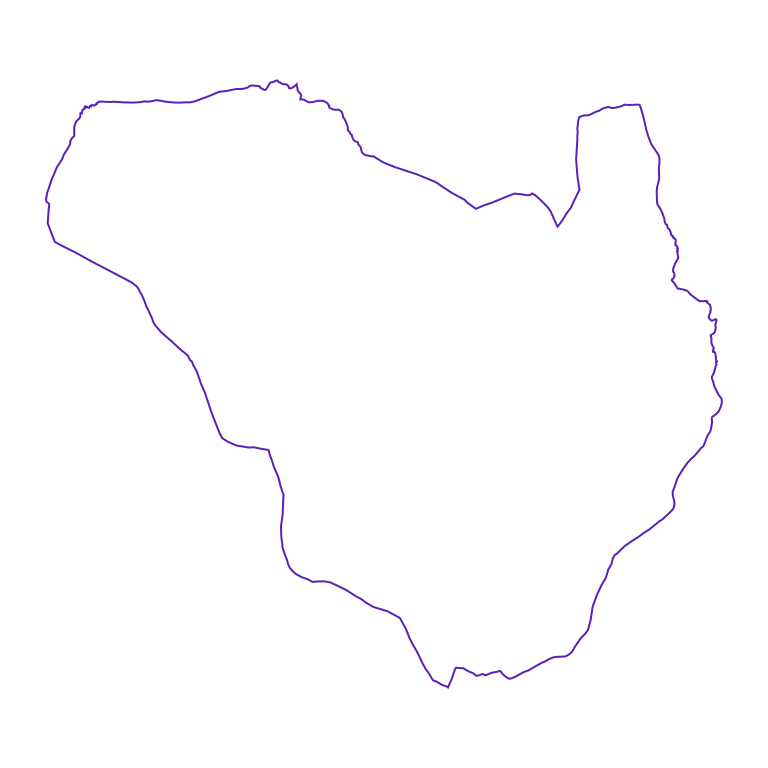 Hanang, Manyara, United Republic of Tanzania
{"feature_id": "72390352B73734578830609", "entity_name": "Hanang", "entity_type": "district", "adm_level": 2, "iso_a3": "TZA", "parent_name": "United Republic of Tanzania", "parent_adm1": "Manyara", "projection": "robinson", "projection_center": [35.319, -4.56], "detail": "fine", "context": "isolated", "style": "outline", "palette": "violet", "viewbox_px": 768, "rotation_deg": 0, "n_neighbors": 0, "source": "geoboundaries", "source_scale": "gbopen_adm2", "svg_char_len": 6011}
<svg xmlns="http://www.w3.org/2000/svg" viewBox="0 0 768 768"><path d="M523.3,672.3L528.8,670.2L541.1,663.1L545.3,661.3L548.9,659.2L552.4,657.7L555.1,657.0L565.6,656.4L569.0,654.5L572.0,651.8L575.2,646.3L579.9,639.4L582.8,636.0L584.8,634.3L587.8,630.2L587.8,630.6L590.6,620.2L592.7,606.5L594.6,601.2L597.4,593.8L601.4,585.3L605.8,577.8L608.3,569.5L611.5,564.0L612.7,558.7L614.8,554.9L616.3,554.2L624.6,546.1L632.3,540.8L638.1,537.1L643.7,533.0L649.1,529.6L653.1,526.5L654.0,525.4L655.1,524.8L659.5,521.2L662.5,519.3L668.7,513.6L672.6,509.7L673.6,508.0L674.2,506.2L674.4,502.9L674.2,500.8L672.8,495.5L672.7,491.5L674.1,488.3L677.0,479.6L678.4,476.5L683.4,468.5L687.6,462.6L691.7,458.3L694.3,456.2L700.7,448.4L703.3,446.3L705.2,441.9L707.3,436.1L710.4,431.2L711.4,426.7L712.1,421.9L711.7,418.1L712.3,416.8L716.6,413.7L718.7,411.4L720.7,406.9L721.9,402.6L721.6,398.7L718.5,394.7L714.4,386.6L713.0,381.3L711.9,378.4L711.8,377.1L714.0,372.6L715.4,367.2L716.5,364.3L716.0,362.2L717.0,361.3L715.9,359.7L715.9,357.4L715.4,353.9L714.4,351.8L713.7,352.1L713.0,351.8L713.0,350.6L713.8,348.1L711.5,343.6L711.4,338.0L710.8,336.4L710.8,335.3L711.7,334.5L714.4,332.9L715.4,329.8L715.7,327.7L715.6,326.4L715.3,325.2L716.4,320.7L716.4,319.6L715.9,319.2L715.2,319.3L712.3,320.7L711.6,320.7L709.0,318.3L708.7,317.3L708.9,316.1L710.5,311.9L710.2,311.2L710.7,310.4L710.8,308.7L710.4,306.2L709.9,304.8L707.0,302.4L707.3,301.3L705.9,300.9L703.0,301.2L699.3,301.1L690.7,294.7L687.4,290.9L683.2,289.5L677.5,288.4L675.0,284.1L671.8,280.4L672.0,279.3L673.3,278.6L674.4,276.5L674.5,274.3L673.0,271.0L673.3,268.3L675.1,263.5L678.3,257.9L677.1,251.4L677.3,251.3L677.2,251.1L677.7,251.1L677.6,250.4L677.9,248.7L677.2,248.3L677.7,247.1L676.7,246.3L676.4,245.2L675.4,244.9L675.4,242.9L675.8,240.4L675.4,239.1L674.5,238.8L673.9,237.6L673.0,237.4L673.0,236.3L672.6,235.9L671.7,235.6L671.0,234.3L670.9,233.2L669.8,230.0L667.9,228.0L667.5,227.1L666.9,224.7L665.6,223.9L664.5,220.8L664.4,218.8L662.0,212.3L660.6,209.4L657.5,204.4L657.0,201.7L656.7,192.0L657.1,187.3L658.7,180.9L659.2,178.2L658.8,168.2L659.5,162.6L659.4,158.3L658.6,155.1L655.3,150.0L653.2,147.1L650.9,143.3L648.3,136.5L646.4,130.1L643.3,116.4L640.3,106.5L639.5,104.9L638.5,104.6L629.2,105.0L624.8,104.7L619.8,106.7L614.2,107.9L611.5,108.0L608.3,106.9L602.8,108.5L599.2,110.7L595.3,112.0L592.5,113.5L588.8,115.2L583.2,115.6L579.2,117.2L578.2,120.8L577.4,128.5L577.4,130.7L577.8,131.5L577.3,136.5L577.3,140.1L576.1,159.4L577.6,177.8L579.5,189.8L574.0,200.9L570.9,207.7L566.6,213.3L562.2,220.6L557.6,226.6L557.0,225.8L550.7,211.5L547.8,207.3L541.2,200.6L535.2,195.2L532.4,193.6L531.8,193.5L530.6,194.9L527.8,195.3L520.7,194.2L514.5,193.6L511.4,194.7L491.6,202.8L484.5,205.1L475.9,208.8L467.8,203.0L464.4,199.6L457.6,196.1L451.2,192.5L440.3,185.3L436.9,182.8L434.1,181.4L417.0,174.4L395.1,167.2L385.7,163.4L382.1,161.7L373.3,156.2L371.2,156.4L365.2,155.0L363.3,153.9L361.9,152.1L360.5,146.9L358.4,144.5L357.9,142.3L356.8,141.7L355.1,141.3L354.0,140.4L353.0,139.0L352.0,136.4L351.8,134.9L350.6,134.1L349.9,133.0L349.5,131.6L347.9,130.3L347.7,129.2L347.9,127.6L347.6,126.5L346.2,122.7L344.7,119.4L343.3,117.3L342.4,113.5L341.6,111.8L340.3,110.6L338.8,109.7L335.3,109.8L332.4,109.2L329.9,108.1L328.8,106.7L328.7,105.1L328.8,105.1L327.4,103.2L324.4,101.3L322.7,100.8L318.6,100.8L315.9,101.2L313.5,101.9L309.0,102.4L306.3,101.1L304.5,99.9L301.7,99.2L300.4,99.5L300.6,97.4L301.4,95.9L300.2,93.4L299.1,92.7L298.5,91.6L297.8,90.8L297.4,87.8L296.8,86.3L296.7,84.3L295.0,85.9L292.6,87.6L290.5,88.4L289.1,88.1L288.6,86.6L287.3,84.8L285.6,84.2L283.6,84.3L281.5,83.5L279.9,82.3L278.9,82.3L278.1,81.2L277.2,80.5L275.9,80.6L273.9,81.7L272.8,82.1L271.2,82.3L269.8,83.0L268.4,85.7L265.8,89.8L265.0,90.0L264.1,89.8L260.5,87.8L259.4,86.2L254.2,85.6L251.9,85.5L250.4,85.8L248.9,86.5L247.8,87.5L243.3,88.8L235.9,89.1L225.5,91.1L219.1,91.8L210.0,95.7L194.7,101.4L190.3,102.3L185.8,102.3L180.5,102.6L175.0,102.6L165.8,101.8L158.6,100.3L155.0,100.3L152.7,101.0L149.8,101.5L146.3,101.7L144.7,101.2L140.8,102.1L133.5,102.6L124.1,102.4L114.9,101.7L110.2,102.0L99.1,101.5L98.5,102.4L97.3,102.6L96.6,102.9L96.3,103.5L96.9,103.7L96.7,104.2L94.5,105.4L94.0,105.7L93.6,105.3L91.7,105.1L91.1,106.2L90.6,105.7L89.6,106.5L89.2,107.8L87.2,107.4L87.2,107.0L86.6,106.6L86.3,106.6L85.9,107.2L85.2,106.4L84.7,106.9L84.2,108.1L84.3,109.1L82.8,109.7L82.2,110.7L81.9,113.3L80.9,113.0L80.5,113.1L80.3,116.7L78.8,119.1L77.3,120.1L75.4,123.1L74.8,125.5L74.2,126.7L74.2,135.9L71.8,138.4L70.4,141.0L70.0,144.4L69.5,145.5L63.6,155.1L62.2,159.1L56.8,167.3L54.7,172.6L51.9,178.8L48.7,188.5L47.2,192.6L46.1,199.0L46.3,200.7L46.6,201.9L48.9,203.5L49.2,205.0L48.5,211.8L47.7,223.3L54.8,241.9L62.1,245.9L75.5,252.5L91.1,261.2L131.5,282.3L136.8,286.5L138.7,289.2L139.6,291.3L141.8,294.9L144.3,300.6L146.5,306.9L147.4,308.4L152.1,318.4L153.3,322.3L155.9,326.1L161.2,332.3L171.6,341.3L179.1,348.4L187.6,355.3L190.1,360.2L191.8,361.3L193.2,365.0L196.9,371.7L200.8,383.2L204.8,392.4L210.9,410.8L213.2,416.9L219.7,433.4L222.2,438.1L228.0,441.9L236.5,445.5L248.4,447.5L253.9,447.3L261.1,448.8L268.4,449.9L269.3,452.5L269.8,455.1L271.6,459.6L273.9,466.9L278.3,477.0L280.5,486.0L283.5,494.9L282.6,514.9L281.0,526.4L281.2,534.9L281.6,539.4L282.3,543.8L282.4,547.0L285.3,555.9L287.0,559.9L288.1,564.1L289.7,567.7L292.9,571.4L296.2,574.2L302.2,577.4L307.1,579.0L312.6,581.9L318.3,581.4L325.2,581.4L330.8,582.6L345.4,589.6L356.8,596.7L361.6,599.3L365.8,602.5L373.2,606.9L387.6,611.3L399.9,618.0L406.0,629.1L409.3,637.5L412.4,643.9L416.1,650.1L419.4,656.6L422.5,663.3L425.8,669.2L429.1,673.7L432.9,680.2L436.7,681.7L441.4,684.6L446.9,686.5L448.0,687.5L450.0,682.7L451.5,679.7L455.0,669.2L456.2,667.7L461.8,668.3L463.5,668.1L464.5,669.0L469.2,671.7L472.2,672.8L474.3,674.0L475.8,675.6L478.2,675.6L482.5,674.0L483.6,674.2L484.8,675.2L485.7,675.0L487.4,674.6L491.2,672.9L497.4,671.7L499.3,671.0L500.5,671.2L503.2,674.6L505.7,676.7L508.1,678.3L509.6,678.7L511.8,678.3L513.5,677.4L515.5,676.7L523.3,672.3Z" fill="none" stroke="#5b21b6" stroke-width="2"/></svg>